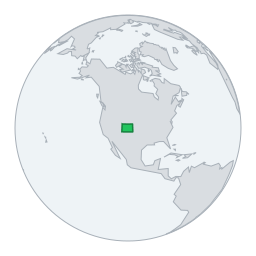 Colorado highlighted on a globe, orthographic projection
{"feature_id": "USA-3522", "entity_name": "Colorado", "entity_type": "State", "adm_level": 1, "iso_a3": "USA", "parent_name": "United States of America", "parent_adm1": "", "projection": "orthographic", "projection_center": [-105.117, 39.0], "detail": "fine", "context": "on_globe", "style": "filled", "palette": "green", "viewbox_px": 256, "rotation_deg": 0, "n_neighbors": 0, "source": "natural_earth", "source_scale": "10m", "svg_char_len": 10658}
<svg xmlns="http://www.w3.org/2000/svg" viewBox="0 0 256 256"><circle cx="128" cy="128" r="113" fill="#eef3f6" stroke="#a8b0b8"/><path d="M23.5,170.0L23.8,170.7L23.5,170.0ZM167.0,233.7L166.0,234.0L172.6,231.2L170.0,232.3L174.9,229.0L180.7,224.7L188.7,212.3L187.6,210.4L181.0,210.1L173.3,201.8L176.2,196.1L174.1,194.3L180.7,184.6L178.5,177.9L176.0,177.6L173.9,181.1L165.0,178.7L161.2,173.6L131.0,167.8L127.3,164.8L126.3,159.5L111.9,141.3L120.2,158.5L115.4,155.3L110.8,149.1L112.4,147.6L108.1,138.3L103.2,134.5L99.6,122.4L102.8,107.3L105.0,109.9L105.5,106.2L102.9,102.8L101.0,101.6L99.2,86.4L91.3,77.2L86.0,77.8L89.4,75.1L77.5,79.1L71.4,77.7L80.0,77.2L82.2,75.6L79.0,73.4L80.5,71.3L79.9,69.1L82.0,66.9L86.9,67.2L88.4,65.8L86.0,64.4L86.7,61.5L89.9,63.8L91.4,59.0L99.8,59.2L106.9,68.1L113.3,67.3L125.2,74.4L125.8,72.2L130.7,73.9L133.3,72.2L134.8,74.3L135.6,71.1L133.8,69.6L133.5,67.7L134.9,66.6L137.0,69.0L136.6,69.9L137.9,70.0L138.4,71.7L138.9,70.3L141.3,73.5L141.0,68.8L144.6,70.0L145.6,72.6L142.8,74.3L138.3,85.4L138.5,89.0L141.6,92.1L153.0,93.5L154.3,96.9L158.1,100.0L158.6,97.1L155.8,93.7L157.7,89.3L154.1,85.9L154.4,83.8L151.8,79.8L155.1,78.4L159.7,79.3L162.0,82.6L164.1,83.2L164.2,78.6L170.8,83.7L179.1,85.5L180.5,87.2L179.0,92.7L173.1,96.1L171.1,104.4L175.3,97.1L178.7,102.0L180.5,102.1L182.1,100.9L181.9,98.4L183.7,99.8L180.2,107.2L178.5,106.0L179.7,103.6L176.9,105.4L174.6,110.9L176.5,113.2L170.9,119.9L172.2,121.7L171.7,124.3L170.0,120.9L173.0,127.4L166.8,137.7L170.6,149.0L163.6,141.5L159.2,141.6L154.1,143.1L154.6,144.9L147.1,145.0L141.5,150.1L141.1,159.6L145.1,166.0L153.3,164.8L154.9,160.6L160.5,158.5L158.2,169.5L168.2,168.5L168.2,175.9L171.3,178.8L175.9,176.4L180.8,176.6L183.6,171.3L188.5,167.0L189.3,172.6L191.4,166.2L194.5,167.7L203.8,162.5L203.3,164.2L211.2,166.1L218.7,163.3L220.4,165.8L219.6,168.9L221.9,167.5L221.9,169.0L230.1,162.2L233.3,160.6L232.5,165.6L228.6,175.4L222.0,189.4L214.1,199.4L210.2,204.6L200.5,214.0L196.0,217.2L195.3,218.2L191.1,221.3L187.6,223.4L185.3,225.0L182.6,226.4L183.1,226.2L182.5,226.6L174.9,230.4L167.0,233.7ZM45.7,142.2L46.2,139.8L47.0,142.0L45.7,142.2ZM45.7,137.8L45.7,138.7L45.6,137.9L45.7,137.8ZM45.1,136.9L45.5,137.6L45.0,137.0L45.1,136.9ZM44.2,135.9L44.7,136.3L44.2,135.9ZM171.0,153.0L182.3,154.7L176.7,157.5L177.6,156.1L174.6,154.8L169.2,154.4L164.0,157.1L171.0,153.0ZM43.1,133.7L42.8,133.1L43.4,133.2L43.1,133.7ZM174.2,145.2L172.3,145.4L174.0,144.7L174.2,145.2ZM99.9,101.4L102.6,103.0L104.5,107.0L102.0,105.8L99.9,101.4ZM96.7,94.2L98.4,94.2L97.7,97.9L96.9,96.7L96.7,94.2ZM81.9,78.9L83.8,80.0L81.4,79.7L81.9,78.9ZM79.4,69.2L78.3,69.6L78.4,68.4L79.4,69.2ZM150.1,80.9L150.9,80.4L151.0,81.4L150.1,80.9ZM148.2,79.7L147.7,81.3L146.8,81.0L147.1,80.0L148.2,79.7ZM81.8,63.9L82.3,61.9L82.7,64.0L81.8,63.9ZM149.1,77.9L145.1,80.2L143.4,79.7L143.2,75.7L149.1,77.9ZM83.2,60.7L84.2,56.1L82.0,56.5L89.0,52.9L85.7,57.9L86.5,60.3L84.8,59.7L83.2,60.7ZM132.6,69.6L134.6,71.2L131.7,70.9L132.6,69.6ZM130.8,69.9L122.1,72.2L119.8,69.5L123.2,69.2L119.2,66.7L122.3,64.2L125.2,65.0L126.1,67.2L126.6,64.6L130.8,69.9ZM92.6,51.8L93.6,50.9L93.5,52.0L92.6,51.8ZM133.2,67.0L131.6,67.6L129.5,65.3L132.2,63.6L132.1,64.9L133.2,67.0ZM116.6,67.3L115.5,65.4L117.8,62.8L117.7,61.8L122.2,63.9L116.6,67.3ZM133.2,64.8L133.7,62.8L135.9,63.0L134.5,66.2L133.2,64.8ZM127.8,65.4L127.0,64.3L128.3,64.3L127.8,65.4ZM144.1,62.7L142.3,63.3L141.0,62.1L144.1,62.7ZM133.7,62.1L132.9,62.1L132.2,61.7L133.0,60.5L133.7,62.1ZM123.5,62.0L124.6,61.4L121.7,61.0L123.3,59.2L126.1,61.0L125.5,59.5L126.0,58.9L127.7,61.0L123.5,62.0ZM131.6,58.2L135.7,60.1L139.3,59.2L140.5,60.1L134.5,61.6L131.6,58.2ZM129.2,59.7L131.0,59.0L131.6,60.5L130.7,61.9L129.2,59.7ZM123.4,57.4L120.3,59.7L119.8,59.2L123.4,57.4ZM132.6,57.6L131.6,57.2L132.8,57.4L132.6,57.6ZM126.1,57.1L125.0,57.9L124.5,57.4L126.1,57.1ZM130.5,55.7L131.8,56.3L131.2,57.2L130.5,55.7ZM128.3,56.1L127.9,55.1L130.2,57.2L128.0,56.5L128.3,56.1ZM125.7,56.4L125.1,56.4L126.2,56.2L125.7,56.4ZM131.8,52.0L134.9,54.4L133.7,56.3L130.8,53.7L131.8,52.0ZM193.4,36.3L190.9,34.5L193.4,36.3ZM176.2,26.2L177.1,26.6L172.7,24.7L178.0,27.2L177.5,26.9L180.8,28.5L181.4,29.0L179.9,28.2L181.9,29.4L188.9,33.3L189.2,33.4L196.0,38.3L197.1,39.0L199.7,41.2L198.8,40.8L197.2,39.7L197.2,41.9L199.6,43.4L199.7,41.6L200.7,42.6L203.9,45.2L202.3,44.1L201.6,46.2L206.2,52.0L216.0,63.0L217.9,66.9L217.6,69.3L209.9,63.1L206.7,55.1L203.9,53.2L201.1,53.7L200.4,51.4L198.8,50.7L197.3,47.9L191.6,43.6L189.5,41.0L184.0,39.0L182.2,37.6L186.0,39.1L187.5,38.9L181.8,33.3L179.8,32.1L176.6,31.4L175.5,30.2L173.2,30.2L168.3,27.5L172.3,31.1L168.8,30.8L164.0,29.2L163.6,29.9L171.3,32.5L173.7,33.1L174.6,32.4L181.8,35.0L184.5,37.0L179.7,37.1L182.9,40.2L177.7,39.3L160.1,32.1L154.4,29.5L152.0,24.6L155.3,24.9L157.7,26.6L158.5,24.8L157.0,25.0L156.0,24.1L152.3,24.0L151.5,23.3L149.5,24.4L148.0,23.6L149.3,23.0L142.7,22.5L138.7,21.3L137.7,21.6L137.6,22.2L132.7,20.5L132.1,20.8L133.5,21.4L133.2,22.4L130.8,23.7L129.3,23.0L129.9,22.5L128.9,20.5L130.8,19.4L130.0,19.3L127.9,20.1L129.1,22.5L128.1,23.4L127.1,22.3L127.4,22.8L126.4,23.1L123.9,22.8L124.9,24.1L116.2,29.3L110.6,29.7L110.6,27.9L102.9,31.7L97.1,32.4L98.4,32.9L95.6,35.5L97.3,35.3L97.8,35.7L91.3,42.9L88.5,44.3L87.2,48.6L87.9,48.9L89.8,48.0L89.0,52.9L82.0,56.5L80.8,55.5L77.3,58.7L75.1,56.1L71.7,55.7L71.5,51.5L68.8,51.7L67.7,53.0L63.2,54.5L57.8,53.7L67.0,48.7L76.1,50.1L72.8,48.9L75.0,47.6L74.7,46.3L72.2,45.8L71.1,46.6L74.5,38.9L71.5,36.2L68.3,39.5L64.7,41.5L58.5,42.7L59.2,39.0L54.5,42.7L53.7,43.3L60.5,37.9L61.0,37.4L62.7,36.2L65.6,34.2L66.0,34.0L66.5,33.7L73.5,29.4L80.8,25.7L88.4,22.6L96.2,19.9L104.1,17.9L112.2,16.5L120.4,15.6L128.6,15.4L136.8,15.7L144.9,16.6L153.0,18.2L160.9,20.3L168.7,23.0L176.2,26.2ZM239.6,113.0L239.6,113.4L236.8,108.7L235.0,102.0L232.5,97.5L218.2,67.7L217.7,64.6L209.4,51.4L208.8,50.4L212.5,54.0L210.5,51.3L216.2,57.9L221.3,64.9L225.9,72.2L229.9,79.9L233.3,87.9L236.0,96.1L238.2,104.5L239.6,113.0ZM226.0,78.8L227.1,80.3L226.0,78.8ZM204.1,162.2L205.3,162.7L203.9,163.6L204.1,162.2ZM176.3,160.3L178.5,159.6L179.8,160.2L178.2,161.1L176.3,160.3ZM193.8,153.1L196.1,152.6L193.9,154.2L193.8,153.1ZM184.0,154.7L191.9,153.9L187.6,157.7L182.5,158.3L185.8,156.4L184.0,154.7ZM174.0,149.2L175.5,149.2L175.4,150.5L174.0,149.2ZM175.5,144.7L175.0,145.0L174.1,144.3L175.5,144.7ZM178.9,101.5L179.3,101.0L181.0,100.2L180.6,101.5L178.9,101.5ZM186.3,91.8L189.0,94.3L186.8,93.3L186.7,95.4L182.0,96.2L181.0,88.1L182.3,91.5L186.3,91.8ZM175.5,95.4L178.6,95.6L175.2,95.8L175.5,95.4ZM191.8,50.9L192.4,49.9L194.7,51.2L197.3,55.3L194.1,53.3L191.8,50.9ZM192.7,48.4L187.2,47.8L185.3,45.5L187.3,46.8L186.6,45.4L189.7,47.2L193.3,45.9L195.5,47.1L199.2,53.4L196.8,50.6L196.3,51.6L192.7,48.4ZM176.3,52.6L173.9,53.0L173.0,47.4L175.4,47.8L178.2,51.6L177.0,53.5L176.3,52.6ZM149.5,70.7L148.7,71.7L148.1,71.0L148.3,69.6L149.5,70.7ZM143.3,63.1L152.7,66.0L152.2,67.2L158.3,67.8L159.4,71.2L155.4,70.6L160.7,73.9L157.5,74.8L161.3,76.7L152.3,75.1L149.6,76.2L152.2,73.6L151.3,70.3L150.2,69.3L144.8,67.2L138.7,68.3L136.8,65.5L137.2,63.3L138.4,62.6L139.2,64.6L140.2,62.2L142.3,64.6L143.3,63.1ZM142.2,42.1L142.6,44.0L145.0,40.9L147.1,42.8L147.3,42.3L149.9,43.2L153.3,43.6L153.9,44.7L155.0,44.4L156.7,45.1L158.4,45.2L160.0,47.1L162.2,47.4L161.7,48.2L165.0,48.1L163.3,49.1L165.4,50.3L166.0,48.7L170.5,60.7L173.8,65.3L177.5,68.8L173.9,70.4L168.2,68.3L162.0,64.5L159.4,60.0L158.3,61.7L156.7,60.1L158.2,59.4L154.9,59.5L154.0,58.0L148.4,55.4L144.2,56.7L142.1,56.0L143.3,54.7L140.3,54.8L141.2,52.0L139.7,51.5L139.0,48.3L142.2,46.4L140.3,46.0L139.7,43.7L142.2,42.1ZM131.7,51.1L135.1,48.1L137.9,47.8L137.9,53.6L139.1,54.5L139.2,58.4L135.1,58.9L135.5,57.7L134.8,56.6L136.4,56.9L134.7,55.9L135.1,54.3L134.0,53.1L135.4,52.5L131.7,51.1ZM206.5,48.0L205.7,47.1L204.1,45.5L206.1,47.1L206.5,48.0ZM206.2,49.5L205.2,48.4L207.3,49.7L208.1,50.8L206.2,49.5ZM202.9,46.8L205.0,48.2L204.4,48.1L202.9,46.8ZM184.9,38.1L183.7,37.1L184.3,37.1L185.7,37.8L184.9,38.1ZM149.7,34.1L149.5,35.1L148.8,35.0L146.3,36.4L144.5,35.3L145.3,34.0L149.7,34.1ZM147.4,33.2L146.6,33.8L146.2,32.9L147.4,33.2ZM143.1,34.5L142.3,33.5L144.0,35.3L143.1,34.5ZM131.1,26.2L136.6,25.3L139.4,24.3L139.1,23.0L141.8,24.7L137.6,26.2L131.1,26.2ZM118.2,28.9L118.5,30.3L116.8,30.2L116.5,29.9L118.2,28.9ZM119.5,29.4L122.7,30.3L121.8,31.4L119.5,30.5L119.5,29.4ZM135.2,31.1L137.0,30.9L137.2,31.6L135.2,31.1ZM23.2,169.3L23.5,170.0L23.8,170.7L23.3,169.5L23.2,169.3ZM47.9,48.8L48.8,47.9L47.5,49.3L46.9,49.8L47.3,49.4L47.9,48.8ZM50.8,46.0L50.4,46.4L48.0,49.0L49.0,48.3L48.1,49.9L50.4,48.3L50.5,48.9L47.6,51.2L44.3,53.5L47.5,49.3L49.8,46.9L50.8,46.0ZM51.6,47.6L55.3,46.2L52.1,49.8L50.6,50.9L50.2,50.0L51.9,48.1L51.6,47.6ZM55.3,47.0L57.0,45.2L66.1,41.1L67.3,41.2L58.6,45.9L59.8,44.5L58.1,45.0L55.3,47.0ZM92.6,50.7L93.5,50.8L92.3,51.4L92.6,50.7ZM98.8,35.5L99.1,36.3L97.7,36.8L98.8,35.5ZM99.3,38.6L100.7,37.5L99.9,39.0L99.3,38.6ZM103.7,35.2L101.6,37.2L102.7,34.9L103.7,35.2Z" fill="#d9dde1" stroke="#a8b0b8" stroke-width="1"/><path d="M122.2,123.9L122.4,124.0L122.6,124.0L122.9,124.0L123.1,124.0L123.3,124.0L123.6,124.0L123.8,124.0L124.0,124.0L124.3,124.0L124.5,124.0L125.0,124.0L125.4,124.0L125.7,124.0L125.9,124.1L126.1,124.1L126.4,124.1L126.6,124.1L126.8,124.1L127.1,124.1L127.3,124.1L127.5,124.1L127.8,124.1L128.0,124.1L128.5,124.1L128.9,124.1L129.2,124.1L129.4,124.1L129.6,124.1L129.8,124.1L130.0,124.1L130.3,124.0L130.5,124.0L130.9,124.0L131.0,124.0L131.4,124.0L131.6,124.0L131.9,124.0L132.1,124.0L132.3,124.0L132.5,124.0L132.6,124.4L132.6,124.5L132.6,124.9L132.6,125.0L132.6,125.3L132.6,125.5L132.6,125.8L132.6,126.0L132.6,126.3L132.6,126.5L132.6,126.9L132.7,127.1L132.7,127.4L132.7,127.6L132.7,127.8L132.7,128.0L132.7,128.4L132.7,128.5L132.7,128.9L132.7,129.1L132.7,129.3L132.7,129.5L132.8,129.6L132.8,129.8L132.8,130.0L132.8,130.4L132.8,130.6L132.8,130.9L132.8,131.1L132.8,131.3L132.8,131.5L132.8,131.8L132.7,131.9L132.3,131.9L132.1,131.9L131.9,131.9L131.7,131.9L131.3,131.9L131.0,131.9L130.7,131.9L130.4,131.9L130.1,131.9L129.8,131.9L129.5,131.9L129.2,131.9L128.9,131.9L128.7,131.9L128.4,131.9L128.1,131.9L127.8,131.9L127.5,131.9L127.2,131.9L126.9,131.9L126.6,131.9L126.3,131.9L126.0,131.9L125.7,131.9L125.4,131.9L125.1,131.9L124.8,131.9L124.5,131.9L124.2,131.9L123.9,131.9L123.6,131.9L123.3,131.9L123.0,131.8L122.7,131.8L122.4,131.8L122.1,131.8L121.8,131.8L121.8,131.6L121.9,131.3L121.9,131.1L121.9,130.8L121.9,130.6L121.9,130.3L121.9,130.1L121.9,129.8L121.9,129.6L121.9,129.3L121.9,129.1L122.0,128.9L122.0,128.6L122.0,128.4L122.0,128.1L122.0,127.9L122.0,127.6L122.0,127.4L122.0,127.1L122.0,126.9L122.1,126.6L122.1,126.4L122.1,126.2L122.1,125.9L122.1,125.7L122.1,125.4L122.1,125.2L122.1,124.9L122.1,124.7L122.2,124.4L122.2,124.2L122.2,123.9Z" fill="#22c55e" stroke="#15803d" stroke-width="1.5"/></svg>